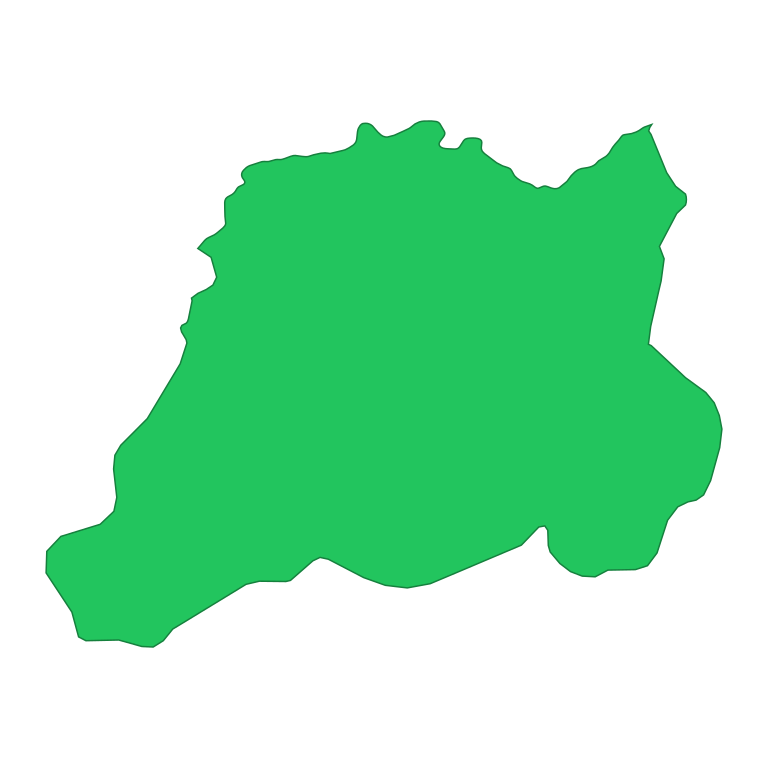 outline of Pcinjski
{"feature_id": "SRB-841", "entity_name": "Pcinjski", "entity_type": "District", "adm_level": 1, "iso_a3": "SRB", "parent_name": "Republic of Serbia", "parent_adm1": "", "projection": "mercator", "projection_center": [22.074, 42.528], "detail": "fine", "context": "isolated", "style": "filled", "palette": "green", "viewbox_px": 768, "rotation_deg": 0, "n_neighbors": 0, "source": "natural_earth", "source_scale": "10m", "svg_char_len": 3474}
<svg xmlns="http://www.w3.org/2000/svg" viewBox="0 0 768 768"><path d="M595.2,576.8L582.2,576.1L570.5,571.6L559.9,563.5L550.2,552.0L548.3,545.5L547.8,530.3L544.8,525.9L538.8,527.0L521.4,545.1L458.4,571.8L430.2,583.7L407.3,587.9L397.0,586.7L385.3,585.3L363.7,577.6L328.3,559.2L320.0,557.4L312.9,560.8L290.5,580.4L285.9,581.5L259.4,581.2L246.1,584.3L181.4,623.8L172.8,629.0L163.3,640.7L153.2,647.0L141.9,646.5L118.7,640.0L85.9,640.7L78.6,636.9L71.9,612.1L46.1,572.9L46.8,551.3L60.9,536.4L100.2,524.3L113.9,511.3L116.8,497.4L113.6,469.0L114.9,455.2L120.8,445.2L147.3,418.6L180.2,363.8L186.9,343.1L186.2,339.7L181.6,331.9L180.6,328.0L181.9,325.4L186.4,323.1L187.6,321.4L188.4,319.0L192.1,300.8L191.5,298.1L198.0,293.3L205.9,289.7L212.9,285.1L216.7,277.2L211.1,257.3L197.8,248.5L204.7,240.4L206.6,238.7L208.7,237.5L214.2,234.9L216.3,233.5L222.8,228.1L224.8,225.9L225.4,224.7L225.7,223.4L225.0,216.5L224.8,209.4L224.7,202.6L225.0,200.5L225.8,198.7L226.6,197.8L227.7,196.9L232.1,194.5L233.8,193.1L235.2,191.5L237.1,188.4L238.4,187.0L239.5,186.4L243.4,184.5L244.3,183.7L244.9,182.3L244.5,180.8L242.4,177.7L241.9,176.4L241.6,175.0L241.8,173.3L242.4,171.8L243.5,170.3L246.4,167.5L248.3,166.3L249.8,165.6L261.2,161.9L262.5,161.6L264.4,161.5L267.0,161.6L268.8,161.5L275.8,159.6L277.6,159.5L280.2,159.6L282.0,159.4L284.6,158.6L290.8,156.3L293.4,155.6L295.3,155.5L302.0,156.4L305.4,156.7L306.8,156.7L308.3,156.5L313.6,154.8L320.9,153.2L325.1,152.9L327.4,153.1L330.1,153.5L343.1,150.4L345.2,149.8L349.1,147.8L353.5,144.9L355.0,143.3L356.1,141.5L356.7,139.2L357.5,131.8L358.0,129.5L358.5,128.2L360.2,125.4L361.5,124.2L362.6,123.6L364.0,123.4L365.9,123.3L367.8,123.5L369.3,124.0L370.8,124.7L372.5,126.0L377.8,132.1L380.9,134.9L382.7,136.1L384.2,136.6L385.7,137.0L387.6,137.0L394.2,135.3L403.1,131.3L409.0,128.5L410.4,127.6L415.1,123.9L419.2,122.0L421.5,121.4L423.9,121.1L431.4,121.0L436.1,121.5L437.4,121.9L438.6,122.5L439.9,123.8L443.9,130.6L444.7,132.3L444.8,133.5L444.6,134.7L443.7,136.5L439.8,141.8L439.1,143.6L439.1,144.3L439.5,145.6L440.4,146.7L441.6,147.5L443.0,148.1L445.4,148.6L448.1,148.8L454.8,149.1L457.0,148.8L458.2,148.2L459.6,146.9L463.6,140.7L464.9,139.4L466.1,138.8L467.5,138.4L470.0,138.1L472.6,138.0L475.3,138.1L477.8,138.5L479.2,139.0L480.4,139.6L481.5,140.9L481.8,142.6L481.3,147.5L481.4,148.9L481.8,150.2L482.4,151.4L484.5,153.6L496.6,162.8L502.6,165.9L507.8,167.6L509.1,168.2L510.3,168.9L511.5,170.4L514.1,175.1L515.0,176.3L517.3,178.4L520.5,180.6L522.2,181.5L529.6,183.8L532.3,185.2L535.0,187.2L536.6,188.1L537.7,188.3L538.8,188.1L542.9,186.4L544.0,186.1L545.7,186.1L547.8,186.7L550.9,187.9L552.7,188.4L554.5,188.7L556.7,188.6L558.7,188.0L559.8,187.3L566.9,181.5L571.2,175.7L574.7,172.2L576.4,170.9L578.3,169.7L581.4,168.6L587.6,167.6L589.7,167.1L591.8,166.4L593.8,165.4L595.5,164.2L598.7,160.8L605.8,156.5L607.4,155.1L609.2,153.0L612.7,147.3L615.3,144.0L618.8,140.1L621.6,136.3L623.0,135.1L624.3,134.7L631.5,133.6L636.2,132.0L639.1,130.5L642.9,127.9L644.4,127.1L651.1,124.7L651.7,124.5L649.7,127.6L648.7,131.0L651.0,134.4L666.7,172.7L675.6,186.3L685.5,194.1L686.2,196.8L686.4,199.6L686.2,202.3L685.5,205.0L676.7,213.5L659.4,246.4L664.1,258.8L661.1,281.0L658.9,290.3L650.7,326.4L648.4,344.3L651.2,345.6L685.5,377.7L705.8,392.5L714.2,402.8L719.3,415.5L721.9,429.1L719.7,447.7L710.6,480.6L703.6,494.9L696.1,500.1L687.9,501.9L677.8,506.8L667.6,520.2L657.0,553.0L647.5,565.7L635.4,569.6L607.9,570.1L595.2,576.8Z" fill="#22c55e" stroke="#15803d" stroke-width="1.5"/></svg>